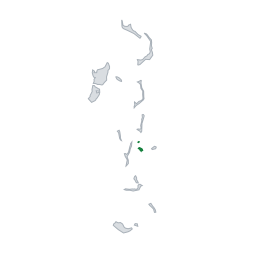 location of Rum Cay within The Bahamas, rotated 42°
{"feature_id": "BHS-5032", "entity_name": "Rum Cay", "entity_type": "District", "adm_level": 1, "iso_a3": "BHS", "parent_name": "The Bahamas", "parent_adm1": "", "projection": "orthographic", "projection_center": [-74.928, 23.749], "detail": "fine", "context": "in_parent", "style": "filled", "palette": "green", "viewbox_px": 256, "rotation_deg": 42, "n_neighbors": 0, "source": "natural_earth", "source_scale": "10m", "svg_char_len": 3606}
<svg xmlns="http://www.w3.org/2000/svg" viewBox="0 0 256 256"><g transform="rotate(42 128 128)"><path d="M80.1,106.7L80.0,110.1L80.2,112.5L79.9,113.4L77.2,115.0L76.5,115.9L73.9,116.8L72.4,118.1L71.6,115.9L70.2,114.6L70.0,112.4L68.8,113.1L67.2,112.6L64.5,110.9L62.9,108.5L65.3,108.2L65.8,109.6L67.7,107.9L67.3,107.0L66.9,106.9L66.4,105.2L69.3,100.8L70.0,97.9L68.8,93.3L70.0,93.0L73.2,94.7L74.6,96.3L74.6,98.5L75.9,100.2L77.8,104.3L80.1,106.7ZM82.0,119.3L82.0,119.9L79.5,121.6L81.3,122.9L83.0,120.2L84.3,122.4L85.0,126.5L84.8,127.2L84.9,127.8L85.2,128.6L85.2,129.7L83.8,133.3L78.9,132.8L78.8,129.8L78.1,129.2L77.0,124.9L75.5,123.5L73.4,119.9L74.7,119.0L76.4,119.4L77.2,119.0L79.5,118.7L80.9,118.2L82.0,119.3ZM198.3,203.1L197.5,205.1L194.9,209.0L188.9,210.0L182.2,210.2L181.7,209.2L181.6,208.3L182.0,206.8L182.0,206.3L181.7,205.7L184.1,205.1L185.7,203.3L188.2,203.0L191.3,204.2L193.0,204.2L195.5,202.8L197.5,199.8L198.7,200.2L198.3,203.1ZM93.5,74.3L93.0,74.5L90.9,71.8L89.2,70.9L91.9,69.1L93.1,67.4L93.1,63.8L93.8,61.8L93.6,60.1L94.3,58.4L93.5,56.4L91.3,54.8L87.0,48.5L80.1,46.9L76.5,46.7L78.5,45.8L80.3,45.9L83.1,46.6L86.5,46.9L88.5,48.8L90.4,51.2L92.2,52.3L92.9,52.9L92.8,53.6L93.1,54.3L95.4,55.4L97.7,57.3L98.3,62.7L95.1,65.2L94.4,72.9L93.5,74.3ZM63.0,51.2L65.9,52.1L67.5,52.0L68.5,51.5L72.9,51.8L76.4,51.1L76.9,52.5L76.8,53.3L69.3,53.8L62.3,55.8L58.5,57.1L56.7,57.2L55.4,56.4L51.0,51.9L52.2,52.4L55.5,55.0L57.6,54.6L59.5,53.0L59.9,51.8L59.6,51.2L60.5,49.2L63.0,51.2ZM107.5,85.9L111.5,89.0L115.0,90.2L118.7,94.1L120.3,95.5L120.6,96.7L119.9,102.4L119.0,105.9L119.1,108.9L118.2,108.0L117.4,106.0L115.9,104.9L115.4,104.3L118.1,104.2L118.3,101.0L119.6,98.6L119.5,96.1L116.4,93.2L114.3,90.7L111.1,89.9L108.2,87.4L106.4,87.1L104.2,87.5L105.0,86.0L105.6,84.1L106.0,83.8L107.5,85.9ZM152.1,157.0L152.0,157.7L148.8,152.2L144.8,150.9L142.5,149.5L143.0,148.8L144.6,148.5L144.8,146.8L144.2,144.9L142.1,141.1L140.9,138.5L140.4,137.9L140.2,135.8L142.7,139.1L143.7,142.1L145.4,145.0L146.5,150.0L149.7,151.7L152.0,154.1L152.1,157.0ZM168.2,175.5L166.4,176.3L166.8,174.9L170.2,172.5L172.0,170.4L173.1,169.6L173.5,169.0L175.0,168.2L175.7,166.9L175.5,165.8L173.9,164.0L173.9,162.7L174.5,161.8L177.1,161.3L176.4,162.7L177.5,166.6L174.0,171.4L171.0,173.0L168.2,175.5ZM140.4,121.3L140.6,122.7L138.9,122.4L136.5,122.9L135.6,122.9L136.1,122.0L137.9,120.7L138.0,119.5L135.8,117.7L133.4,113.3L132.3,112.3L131.7,110.6L129.7,108.8L130.1,107.9L130.5,107.7L131.9,108.1L135.0,114.5L135.2,115.1L140.4,121.3ZM197.6,169.3L199.1,169.7L200.0,169.7L202.9,170.5L204.6,171.6L205.0,172.0L204.1,173.0L201.4,171.2L199.1,171.0L195.8,171.0L194.5,170.7L195.4,168.7L197.6,169.3ZM171.9,161.6L172.4,162.0L170.8,163.1L167.2,161.8L166.4,161.9L165.7,160.5L165.4,159.4L165.6,158.4L167.7,159.2L168.9,160.6L171.9,161.6ZM90.1,98.6L87.3,99.1L85.3,98.5L84.8,98.0L85.6,97.3L87.5,96.7L90.5,96.7L91.9,97.4L92.0,97.8L90.1,98.6ZM131.5,141.7L130.4,141.9L128.6,141.2L124.2,137.8L122.2,137.5L122.9,135.6L124.4,136.3L127.9,139.2L129.2,140.6L131.5,141.7ZM162.4,124.9L160.4,127.8L159.3,127.6L159.9,123.9L161.3,123.3L161.8,123.3L162.4,124.9ZM201.0,194.5L197.7,195.9L197.3,194.3L199.0,193.0L201.0,194.5Z" fill="#d9dde1" stroke="#a8b0b8" stroke-width="1"/><path d="M150.6,134.8L151.9,134.4L152.8,134.4L153.1,134.6L153.7,135.0L153.4,135.4L153.3,135.7L153.0,135.9L152.5,135.9L152.5,136.1L152.7,136.3L152.2,136.3L151.6,136.1L151.3,135.7L150.9,135.9L150.0,135.9L149.6,136.1L149.5,135.5L149.7,135.1L150.0,134.9L150.6,134.8ZM145.4,130.9L145.5,131.1L145.5,131.4L145.4,131.7L145.2,131.8L145.0,131.4L145.2,131.0L145.4,130.9Z" fill="#22c55e" stroke="#15803d" stroke-width="1.5"/></g></svg>